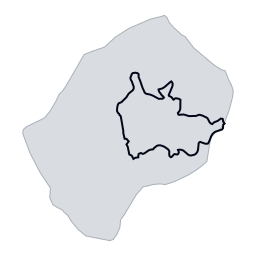 location of Thaba-Tseka within Lesotho
{"feature_id": "LSO-1215", "entity_name": "Thaba-Tseka", "entity_type": "District", "adm_level": 1, "iso_a3": "LSO", "parent_name": "Lesotho", "parent_adm1": "", "projection": "natural_earth1", "projection_center": [28.641, -29.5], "detail": "medium", "context": "in_parent", "style": "outline", "palette": "ink", "viewbox_px": 256, "rotation_deg": 0, "n_neighbors": 0, "source": "natural_earth", "source_scale": "10m", "svg_char_len": 2805}
<svg xmlns="http://www.w3.org/2000/svg" viewBox="0 0 256 256"><path d="M174.3,181.6L166.2,184.3L165.1,184.5L159.9,183.9L153.0,184.5L147.6,186.0L143.4,186.6L136.5,194.3L124.0,215.2L120.7,219.6L119.8,227.8L116.9,234.3L113.3,239.4L109.9,240.6L99.4,238.6L86.1,236.0L78.3,229.7L71.4,221.4L67.7,215.4L63.9,212.1L62.6,210.2L57.2,207.4L55.1,206.0L53.3,205.0L51.1,200.9L49.8,197.5L50.3,187.8L46.4,182.0L39.9,172.1L35.7,164.0L30.0,153.0L26.5,143.5L22.8,133.7L23.3,129.5L26.7,126.6L36.8,121.7L44.6,117.9L50.2,110.9L56.3,100.5L59.2,94.2L62.2,91.3L65.4,86.9L71.1,77.1L77.4,66.2L84.1,54.5L92.7,51.1L104.3,47.2L115.5,37.0L128.9,28.4L150.4,19.1L160.5,16.7L164.3,15.4L166.7,17.1L169.3,22.5L173.0,26.9L181.5,34.7L185.1,36.6L193.9,48.1L203.3,56.0L214.1,65.1L221.4,69.7L225.2,70.9L228.3,79.0L231.4,85.0L233.2,90.6L232.8,96.0L229.4,109.4L224.4,123.1L220.4,128.8L215.5,132.3L210.8,137.7L208.9,148.7L206.8,161.6L200.6,166.9L195.7,170.4L189.1,174.6L174.3,181.6Z" fill="#d9dde1" stroke="#a8b0b8" stroke-width="1"/><path d="M222.7,118.9L223.3,121.9L224.6,123.6L223.2,124.7L223.0,128.2L222.0,129.5L215.1,131.8L212.5,134.0L211.0,136.7L209.9,139.8L208.2,143.4L206.8,143.8L204.9,143.6L200.1,141.9L199.2,142.4L198.7,143.2L198.0,149.9L197.6,151.1L197.0,152.4L195.6,154.0L194.2,154.8L191.0,155.5L189.5,155.3L188.2,154.7L183.3,150.5L180.8,149.7L179.0,149.7L178.0,149.9L178.6,151.3L178.8,152.7L178.1,154.0L177.2,154.5L174.6,154.1L173.8,154.5L171.9,156.7L170.8,157.2L169.5,156.0L169.2,154.5L169.3,151.4L169.0,150.6L167.9,149.2L164.5,146.8L162.0,145.8L160.2,145.3L158.1,145.4L156.6,146.0L154.1,148.0L153.2,149.3L150.8,149.6L148.8,150.3L144.3,153.4L142.7,153.9L140.9,153.0L138.7,153.9L138.3,155.7L138.3,157.3L135.2,157.8L133.4,158.9L131.8,155.7L129.3,154.4L127.8,147.0L126.5,144.4L128.7,141.4L126.5,138.9L124.6,138.7L123.3,133.1L123.3,131.0L120.9,116.9L120.4,115.6L119.6,115.2L119.1,113.8L118.3,113.3L117.2,111.5L117.0,110.5L117.2,107.8L117.8,104.8L118.7,103.3L121.4,102.2L126.3,97.4L128.7,93.6L132.6,90.4L133.3,89.5L133.7,88.4L133.7,86.7L131.7,81.2L130.7,79.5L130.4,77.8L131.8,74.1L132.7,73.1L135.5,72.7L137.6,73.2L138.6,74.2L138.6,77.0L139.0,78.1L140.0,80.3L142.5,87.7L144.7,92.6L145.6,93.4L146.6,93.9L150.0,94.5L153.0,95.7L158.7,98.8L162.4,98.7L163.1,98.4L163.9,97.6L163.4,96.7L161.8,95.3L159.2,91.7L158.7,90.6L158.6,89.4L162.2,88.5L164.5,87.1L170.7,81.7L171.3,81.4L171.8,81.9L172.7,83.7L172.4,86.3L168.7,95.1L169.0,95.9L171.1,96.9L171.8,97.5L173.1,99.4L173.7,99.7L174.8,98.5L176.3,98.3L178.8,98.8L180.4,99.7L180.3,108.7L179.8,110.3L179.1,111.6L177.9,112.8L178.4,114.6L179.1,114.8L183.1,114.5L184.5,114.7L188.6,116.0L189.8,116.1L196.2,115.9L198.3,115.0L199.8,114.8L202.7,115.7L206.8,117.7L207.8,118.7L209.5,122.1L210.7,123.4L212.2,124.1L214.3,122.2L217.7,120.9L220.8,118.6L222.7,118.9Z" fill="none" stroke="#020617" stroke-width="2"/></svg>